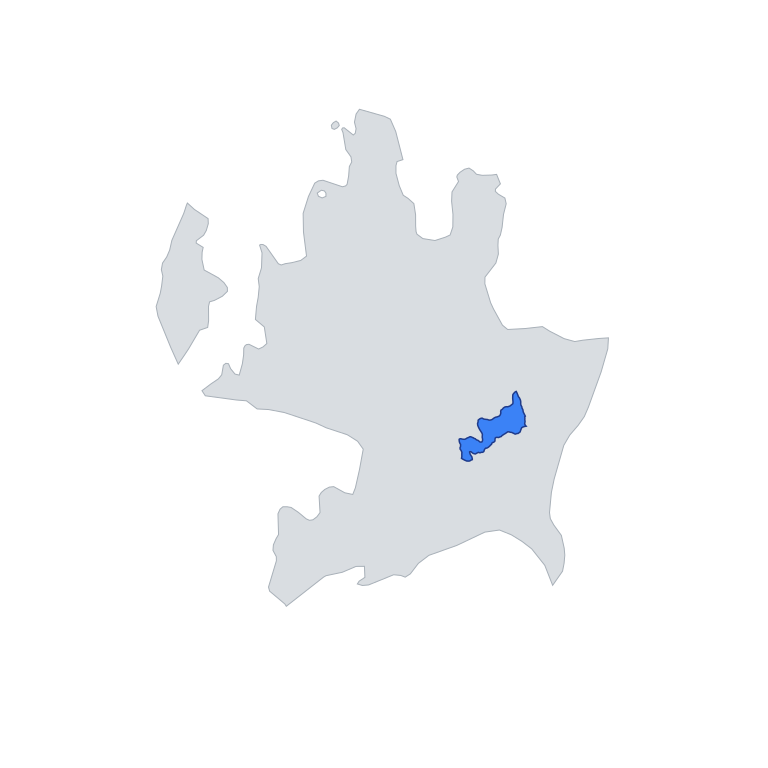 Shamakhi District, Şamaxı, Azerbaijan shown in context, rotated 54°
{"feature_id": "54616110B16651088424667", "entity_name": "Shamakhi District", "entity_type": "district", "adm_level": 2, "iso_a3": "AZE", "parent_name": "Azerbaijan", "parent_adm1": "Şamaxı", "projection": "equal_earth", "projection_center": [48.652, 40.629], "detail": "fine", "context": "in_parent", "style": "filled", "palette": "blue", "viewbox_px": 768, "rotation_deg": 54, "n_neighbors": 0, "source": "geoboundaries", "source_scale": "gbopen_adm2", "svg_char_len": 5995}
<svg xmlns="http://www.w3.org/2000/svg" viewBox="0 0 768 768"><g transform="rotate(54 384 384)"><path d="M506.4,593.7L503.7,593.5L484.4,598.3L480.4,596.8L463.8,575.0L460.4,572.6L453.3,571.6L449.1,568.0L445.7,562.2L443.8,557.8L426.7,546.1L424.2,541.7L423.9,538.0L426.4,534.5L429.3,531.7L437.6,528.7L447.4,526.2L450.5,524.4L452.1,521.3L452.0,516.3L450.4,511.3L436.5,502.4L434.9,498.5L434.5,493.8L435.3,488.8L437.5,485.0L448.9,479.7L455.0,474.2L451.2,468.2L439.0,454.3L424.5,439.1L414.8,439.0L403.5,443.5L385.6,456.4L375.6,462.0L362.7,471.2L348.5,481.4L336.9,492.3L329.6,501.3L316.7,505.2L310.2,512.8L288.5,535.5L282.4,535.2L282.2,523.9L282.5,515.0L281.2,509.9L274.4,502.9L274.3,499.8L276.2,497.9L281.5,499.1L288.4,498.7L291.7,495.9L284.4,486.7L278.0,480.5L272.5,476.3L271.3,473.8L271.3,472.1L272.5,469.9L282.0,464.9L282.9,460.2L282.4,455.0L267.5,447.3L256.2,450.1L246.3,441.5L239.9,434.8L231.9,427.7L224.8,423.8L218.0,414.8L206.2,405.6L198.5,403.0L198.7,401.6L200.1,399.9L203.3,398.5L224.6,398.8L227.3,397.2L228.6,393.2L231.6,387.4L235.1,378.7L235.0,371.5L213.7,359.8L198.4,349.1L187.9,334.9L180.8,322.0L181.1,317.7L183.3,313.6L200.0,301.7L201.2,298.6L200.8,296.5L195.0,290.4L187.7,284.2L185.4,279.6L180.8,277.2L171.9,277.1L156.5,269.4L153.2,268.6L152.5,267.1L153.3,265.6L164.5,262.5L164.3,259.9L161.0,256.5L154.8,254.0L149.2,247.9L147.3,242.4L167.6,226.4L173.5,223.2L186.6,226.1L213.6,236.8L211.7,242.7L214.4,246.0L220.6,250.5L232.5,255.1L242.6,257.5L247.8,255.5L255.6,253.8L265.7,259.0L275.0,265.7L279.6,268.5L282.1,269.3L289.2,267.1L297.9,258.4L301.3,248.0L302.3,242.9L297.4,236.0L287.3,228.5L275.9,221.9L268.6,216.1L264.0,204.7L259.3,203.4L258.1,201.9L257.4,198.0L257.6,192.6L259.3,188.3L264.0,186.5L268.7,185.9L272.9,181.9L278.3,174.0L280.6,169.7L290.5,172.2L291.8,179.2L293.6,180.7L297.7,179.9L304.6,176.9L310.0,179.2L317.0,187.6L326.7,196.4L331.9,202.3L333.9,206.4L338.9,210.4L346.1,215.1L351.9,222.4L356.9,239.5L362.2,243.5L381.0,250.0L387.6,251.3L406.0,253.6L412.6,251.9L422.1,237.2L430.7,222.1L438.7,218.9L453.2,211.6L461.8,204.7L465.5,197.3L473.6,183.2L478.6,175.3L487.1,182.3L501.9,201.3L522.9,232.3L528.1,241.1L531.6,251.3L534.5,263.7L539.3,274.6L560.9,302.2L570.2,312.4L585.3,325.7L590.7,328.6L597.8,329.5L610.7,329.5L622.7,334.7L628.7,338.3L634.8,343.6L640.4,349.6L646.0,365.9L625.2,360.5L604.2,361.4L592.4,364.9L580.9,369.6L570.0,376.4L563.1,389.5L557.4,419.9L549.0,448.4L549.3,461.6L553.1,474.3L552.7,480.4L548.8,482.9L544.0,488.3L537.5,514.6L534.3,519.9L530.1,523.1L528.9,520.0L529.2,513.1L520.0,507.0L515.1,513.9L511.8,528.4L505.0,543.6L504.7,546.5L506.4,593.7ZM197.1,324.7L198.1,320.7L195.5,318.8L192.8,318.7L190.4,320.8L190.3,325.8L193.6,326.7L197.1,324.7ZM126.5,443.2L123.4,439.0L122.0,436.7L131.3,434.8L146.8,429.1L151.0,431.9L155.4,437.6L157.6,442.5L157.8,451.6L159.6,453.1L167.2,450.0L170.5,453.7L176.2,458.1L186.1,462.5L200.7,455.6L207.9,453.9L213.8,454.0L217.0,456.2L218.0,463.2L216.7,472.0L215.0,476.8L218.0,480.3L229.7,488.7L234.6,493.4L232.1,501.6L240.7,521.4L243.6,529.2L247.0,538.8L228.9,535.0L196.3,527.0L187.4,522.8L179.1,511.7L174.1,506.4L166.7,499.5L160.6,496.9L156.0,492.1L153.5,485.1L149.7,478.7L143.1,471.2L128.4,445.9L126.5,443.2ZM148.8,274.5L146.7,275.9L143.7,274.5L142.8,271.4L143.1,268.2L146.2,267.4L148.6,268.3L149.3,271.3L148.8,274.5Z" fill="#d9dde1" stroke="#a8b0b8" stroke-width="1"/><path d="M493.1,288.6L490.8,288.2L488.5,287.8L487.5,287.3L486.3,286.7L484.6,286.5L483.5,285.9L482.8,285.8L481.4,285.6L480.4,285.0L480.0,284.8L478.9,283.9L477.3,283.1L476.3,282.9L474.8,282.6L473.2,282.7L471.9,282.3L470.3,281.9L469.1,281.6L467.8,281.4L467.7,281.4L467.5,282.6L467.9,284.9L468.5,286.2L471.2,288.3L474.4,290.2L475.7,291.4L475.8,293.9L475.8,295.3L475.5,296.1L475.3,296.9L475.0,297.5L474.4,298.2L474.1,298.7L473.6,300.0L473.6,300.8L473.6,301.7L474.0,303.1L473.9,304.7L474.7,305.7L476.1,306.5L477.2,307.9L477.7,309.3L477.3,311.2L476.9,312.3L476.4,313.4L476.2,315.0L476.2,316.1L476.3,317.2L475.9,318.6L475.5,319.5L474.8,320.4L473.6,321.1L472.9,321.9L471.8,323.1L471.2,323.7L470.4,324.2L469.5,324.5L468.8,325.5L468.5,326.7L468.5,327.9L468.6,329.1L469.5,329.8L470.1,330.3L470.9,331.5L472.4,332.4L473.8,332.8L475.2,333.1L477.3,333.4L479.6,333.5L481.7,333.7L482.7,334.1L483.9,335.1L484.7,335.8L486.0,336.4L487.1,337.0L487.9,337.8L488.4,338.9L487.8,340.0L487.2,340.5L485.8,340.8L484.8,341.1L483.9,341.8L483.0,342.2L482.0,342.3L480.9,343.1L479.9,343.4L479.3,343.9L478.6,344.2L477.5,345.0L477.1,345.7L477.0,346.8L476.5,348.7L476.5,349.4L476.4,350.5L476.1,351.3L475.4,352.2L474.8,352.9L473.7,353.8L473.2,354.3L472.9,355.1L472.9,355.7L473.2,355.9L473.9,356.4L475.2,357.1L476.9,357.5L477.8,357.5L478.9,358.3L479.7,359.0L480.3,360.0L481.5,360.7L483.2,360.7L485.2,361.2L486.2,362.1L487.2,362.8L488.5,363.7L489.7,365.0L491.2,364.4L491.8,364.1L493.0,363.5L494.2,362.8L495.0,362.3L495.5,361.6L496.3,360.6L496.7,359.7L496.7,359.1L496.7,358.5L497.1,357.0L496.5,356.7L496.4,356.5L495.4,356.1L494.6,355.7L493.5,355.7L491.9,355.6L490.8,355.3L490.0,355.1L489.2,354.6L489.3,354.2L489.6,353.8L490.2,353.3L490.9,353.2L491.9,352.9L492.7,352.6L493.3,352.1L493.7,351.8L494.4,351.0L494.4,350.1L494.6,348.9L494.7,347.9L495.5,347.3L496.1,346.8L496.3,346.0L496.5,345.3L496.7,345.1L497.1,344.6L497.3,344.0L497.3,342.9L496.8,342.3L496.1,341.3L495.6,339.6L496.2,338.7L496.4,337.9L496.5,336.7L496.4,335.5L496.3,334.6L496.0,333.6L496.1,332.6L495.3,331.6L495.2,330.4L495.6,329.6L495.5,328.4L495.3,327.7L494.3,327.0L493.1,325.8L493.1,324.7L493.6,323.9L494.7,322.7L494.9,321.5L495.4,320.0L495.2,319.4L495.1,318.2L495.2,317.2L495.2,316.3L495.4,314.7L495.4,313.1L495.4,312.0L495.9,311.4L496.2,310.9L496.8,310.6L497.3,310.2L497.9,309.5L498.3,309.1L499.0,308.7L499.7,308.4L500.2,308.0L500.9,307.8L501.7,307.2L501.9,306.7L502.1,305.8L502.6,304.9L502.8,304.7L502.8,303.8L502.8,302.1L501.4,300.1L500.3,298.3L500.4,297.2L501.0,295.2L501.7,293.8L500.2,293.9L498.9,293.6L497.9,292.6L497.2,291.9L495.5,291.0L494.6,290.2L493.2,289.4L493.1,288.6Z" fill="#3b82f6" stroke="#1e3a8a" stroke-width="1.5"/></g></svg>